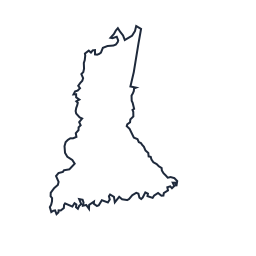 Arvorezinha, Rio Grande do Sul, Brazil, rotated 284°
{"feature_id": "56859067B39750308263867", "entity_name": "Arvorezinha", "entity_type": "district", "adm_level": 2, "iso_a3": "BRA", "parent_name": "Brazil", "parent_adm1": "Rio Grande do Sul", "projection": "albers", "projection_center": [-52.195, -28.889], "detail": "fine", "context": "isolated", "style": "outline", "palette": "slate", "viewbox_px": 256, "rotation_deg": 284, "n_neighbors": 0, "source": "geoboundaries", "source_scale": "gbopen_adm2", "svg_char_len": 2224}
<svg xmlns="http://www.w3.org/2000/svg" viewBox="0 0 256 256"><g transform="rotate(284 128 128)"><path d="M227.3,116.7L228.9,111.3L223.7,111.3L218.5,109.6L212.6,103.6L216.6,100.8L219.8,96.7L222.4,94.0L219.6,92.6L215.8,91.6L211.3,89.2L211.4,91.2L213.8,95.0L210.6,97.3L208.7,97.2L206.0,96.0L204.5,93.9L202.6,88.3L199.7,84.2L194.6,83.5L193.0,82.2L191.7,80.4L191.4,78.2L195.6,77.1L194.8,75.0L192.2,73.8L193.6,71.2L189.8,68.2L187.9,69.0L183.4,69.6L180.4,69.4L174.9,71.0L171.5,71.1L169.0,69.7L165.5,72.4L162.7,72.2L160.2,70.8L156.9,69.5L155.0,71.8L152.1,70.1L150.7,67.8L147.4,67.0L148.2,69.5L145.2,70.3L143.8,73.9L141.4,71.4L140.3,73.2L137.5,73.2L135.0,72.9L131.8,73.1L129.5,74.2L126.6,78.5L126.1,81.2L121.9,79.2L119.2,81.4L116.7,79.9L114.0,80.5L110.3,78.6L106.9,80.1L104.7,77.2L104.0,74.5L101.9,72.5L99.2,70.9L95.0,70.8L88.7,72.9L85.4,76.1L83.5,81.7L80.5,84.9L73.7,81.1L71.5,76.1L69.6,75.4L67.5,71.5L64.0,69.8L58.9,73.7L55.8,73.7L51.8,70.9L46.5,68.7L43.1,69.4L41.6,71.3L38.5,72.0L34.9,72.0L32.3,71.3L27.9,73.9L29.6,75.5L30.4,77.2L27.1,79.5L29.3,80.9L31.3,80.6L31.7,82.7L34.8,85.1L37.8,84.6L39.6,85.2L38.3,93.0L42.1,94.3L41.3,96.4L38.6,96.7L37.5,98.9L40.8,99.5L42.7,101.1L47.2,97.8L47.4,101.3L44.9,102.9L41.7,103.1L43.2,106.1L40.1,109.7L44.0,108.9L48.4,112.8L46.2,113.1L44.8,116.7L45.9,118.3L51.6,120.1L50.9,126.5L54.2,127.6L57.2,126.0L59.1,126.7L57.8,131.0L52.7,133.2L59.1,136.1L57.4,139.5L57.9,144.7L59.3,146.2L63.8,148.4L67.1,151.7L66.8,154.0L63.2,155.9L62.3,158.0L64.1,159.1L69.7,160.4L69.1,163.2L66.6,163.4L66.4,165.7L66.2,168.8L68.8,169.7L72.2,172.9L70.4,176.8L71.0,178.7L73.6,178.5L77.1,181.9L80.0,180.5L81.6,183.1L80.2,185.2L82.9,186.9L85.8,184.6L86.4,187.1L83.3,189.0L88.4,188.6L90.6,185.1L90.7,181.2L89.4,178.6L91.1,176.1L92.7,173.4L95.0,171.1L97.3,170.3L98.3,167.2L99.9,164.6L100.9,160.9L103.1,158.4L105.5,157.0L105.4,154.9L108.7,153.7L110.4,150.4L113.7,147.9L115.0,145.9L116.5,144.2L116.9,141.9L119.5,139.9L120.1,136.0L127.6,129.7L129.5,126.3L131.4,126.4L134.0,128.6L136.9,128.2L140.5,130.4L145.0,129.2L146.6,128.0L148.1,129.3L153.6,126.4L155.3,125.0L160.3,123.6L162.7,124.3L165.2,124.7L167.9,124.3L169.1,126.0L168.9,120.3L183.5,120.1L212.6,117.7L227.3,116.7Z" fill="none" stroke="#1e293b" stroke-width="2"/></g></svg>